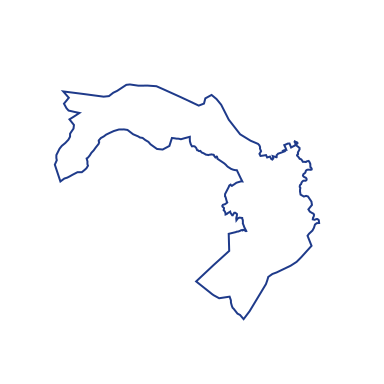 the district of Rafael Delgado, Veracruz, Mexico, rotated 71°
{"feature_id": "50627088B70303647374080", "entity_name": "Rafael Delgado", "entity_type": "district", "adm_level": 2, "iso_a3": "MEX", "parent_name": "Mexico", "parent_adm1": "Veracruz", "projection": "mercator", "projection_center": [-97.093, 18.796], "detail": "fine", "context": "isolated", "style": "outline", "palette": "blue", "viewbox_px": 384, "rotation_deg": 71, "n_neighbors": 0, "source": "geoboundaries", "source_scale": "gbopen_adm2", "svg_char_len": 5744}
<svg xmlns="http://www.w3.org/2000/svg" viewBox="0 0 384 384"><g transform="rotate(71 192 192)"><path d="M55.0,281.0L62.8,277.8L66.8,284.3L71.9,283.4L74.8,282.2L76.6,279.3L78.1,276.9L80.6,272.7L82.2,278.9L83.1,282.8L83.4,284.2L90.2,281.8L93.5,283.4L96.0,286.8L97.2,288.3L100.0,289.3L102.3,291.8L104.4,295.8L106.0,300.1L107.9,303.1L112.9,308.2L115.7,309.2L117.9,309.5L121.5,312.8L139.2,313.0L137.7,308.3L137.8,305.3L137.4,302.5L136.8,299.3L136.0,293.9L137.4,289.7L136.2,286.4L135.2,284.1L133.3,281.8L131.6,281.8L129.0,280.9L126.0,280.7L125.7,279.3L124.1,276.7L122.2,274.4L120.7,271.5L118.7,268.7L116.1,264.6L114.6,263.5L114.1,263.7L112.9,263.4L111.3,260.6L110.7,257.2L109.8,254.5L109.3,250.3L108.9,246.1L109.1,240.8L110.7,235.9L112.3,232.8L118.2,228.9L120.2,226.7L121.9,224.8L123.5,223.5L124.8,221.1L126.2,220.2L127.6,219.3L130.4,216.9L133.4,215.7L139.9,211.1L142.3,205.9L141.1,198.4L134.4,193.4L135.6,190.9L136.5,189.3L137.3,187.2L138.5,185.3L138.7,181.7L139.1,176.1L141.7,177.0L143.6,177.5L146.4,177.6L148.8,177.2L149.1,176.0L149.3,175.3L149.8,174.6L150.8,174.1L151.4,173.8L152.4,173.6L153.4,173.6L153.9,173.6L154.3,173.4L154.5,172.8L154.9,172.5L155.5,172.2L155.9,171.3L155.9,170.7L157.3,170.2L158.0,169.8L158.3,169.4L158.7,168.9L159.1,168.5L159.5,168.1L160.2,167.5L161.2,166.7L161.9,165.3L162.4,164.6L162.4,164.0L162.4,163.6L162.6,162.6L162.8,161.3L163.0,161.1L163.2,160.7L163.5,160.1L163.8,159.5L164.4,159.2L165.0,159.3L167.0,158.6L166.9,157.9L166.6,157.5L166.5,157.1L166.7,156.9L167.6,156.9L168.9,157.1L174.6,152.8L175.7,152.0L176.7,151.5L177.1,151.2L178.6,150.6L179.7,150.0L179.9,149.9L181.0,149.0L182.0,148.2L182.6,147.8L183.3,147.0L184.0,146.2L184.5,145.5L185.0,144.7L185.5,143.8L185.9,142.8L186.0,142.5L194.7,141.5L198.4,141.0L198.2,141.5L198.0,141.8L197.9,142.1L197.7,146.9L197.7,147.0L198.1,148.3L198.3,149.0L198.5,149.7L198.8,151.0L199.2,152.3L199.0,152.5L198.9,152.7L197.6,153.1L197.9,154.4L198.6,155.2L199.2,155.6L204.7,161.4L206.9,162.2L207.7,161.9L212.1,162.2L213.4,162.1L213.7,162.8L214.3,164.9L214.2,165.7L214.2,167.0L215.0,167.9L215.8,167.9L217.4,167.0L218.3,167.2L219.5,168.0L221.0,167.3L222.6,167.2L224.2,167.6L224.1,166.2L223.8,165.5L223.7,165.4L223.0,162.3L224.0,162.4L227.1,161.6L227.3,161.1L225.4,158.8L225.6,158.0L227.3,156.7L228.2,156.9L229.4,157.5L230.0,158.0L231.2,158.7L233.2,159.2L231.8,157.1L231.7,155.4L232.9,153.0L233.8,153.2L235.1,153.1L237.7,153.9L238.4,154.2L238.7,154.1L239.5,154.1L241.4,154.0L241.6,154.1L246.6,153.4L246.6,153.7L246.5,153.9L246.2,154.1L245.8,154.3L245.5,154.7L245.3,154.9L245.0,155.1L244.9,155.3L244.7,155.5L244.4,155.9L244.4,156.0L244.5,156.1L244.6,156.3L244.8,156.7L244.6,156.9L244.3,157.1L244.2,157.3L244.2,157.6L244.1,158.0L244.3,158.6L244.3,158.8L244.4,160.1L244.4,161.5L244.1,162.3L244.1,163.1L244.2,163.7L244.1,164.5L243.5,170.9L250.2,173.0L259.8,176.0L268.2,195.6L277.9,217.2L295.2,206.2L296.8,205.0L301.3,200.9L303.2,190.5L307.1,190.5L309.3,191.2L312.7,191.4L314.7,191.3L316.0,190.6L321.8,188.6L323.9,186.6L329.0,184.6L323.5,176.4L311.8,162.4L303.1,152.0L299.9,149.5L297.1,147.5L295.7,142.7L295.6,138.1L294.8,131.3L293.8,122.7L292.1,115.8L289.3,110.1L281.8,96.5L271.0,97.0L269.6,95.0L267.7,90.7L265.6,88.4L262.8,86.3L262.1,84.2L262.7,81.9L259.9,81.3L258.5,82.1L258.1,83.2L258.2,85.1L257.2,86.7L255.8,86.0L254.8,84.9L253.3,84.0L252.1,84.2L250.6,85.6L248.9,87.0L246.3,87.6L244.9,85.4L243.3,82.8L240.0,82.2L234.0,83.8L232.8,85.4L232.7,87.7L229.8,90.2L226.7,89.7L224.5,88.9L223.5,88.2L223.0,88.3L222.4,88.5L221.7,88.3L221.1,87.9L220.4,87.3L220.1,86.3L218.7,85.3L218.0,84.2L217.6,83.1L217.8,82.2L218.3,81.1L218.2,80.3L218.0,79.9L217.4,79.5L216.5,79.4L215.5,79.8L214.9,80.5L213.9,81.4L212.7,81.8L212.3,81.6L211.3,80.7L211.0,79.5L210.7,78.8L210.4,78.4L210.1,78.2L209.8,78.0L209.5,77.8L209.2,77.6L208.8,77.1L208.5,76.1L208.6,75.1L209.2,73.4L209.5,72.9L209.7,72.3L209.7,71.6L209.3,71.3L208.7,71.3L208.1,71.4L207.5,71.6L207.2,71.9L206.4,71.8L205.8,71.6L204.3,71.1L203.8,71.0L203.2,71.1L202.5,71.1L201.9,71.2L201.4,71.4L200.6,71.6L200.6,72.0L200.5,72.5L200.4,73.0L200.4,73.3L200.5,73.8L200.7,74.2L200.7,74.7L200.4,75.1L200.2,75.5L200.0,76.2L199.7,76.9L199.5,77.4L198.7,77.5L197.7,77.8L197.1,77.9L196.8,78.1L196.6,78.2L196.3,78.5L196.0,78.9L195.8,79.2L195.7,79.4L195.2,79.4L194.9,79.5L194.4,79.8L193.7,79.9L193.3,80.1L192.8,80.3L191.9,80.7L191.8,80.8L191.6,80.8L191.4,80.7L191.2,80.5L190.8,79.9L190.7,79.4L190.2,79.2L189.8,79.2L189.3,79.1L188.8,78.8L188.5,78.3L188.1,77.9L187.8,77.6L187.6,77.4L187.4,77.2L187.2,77.0L187.0,76.7L186.8,76.5L186.5,76.3L186.1,76.2L185.6,76.1L185.2,76.0L184.8,76.4L184.5,76.6L183.9,76.8L183.6,77.1L183.0,77.5L182.6,77.8L182.3,77.9L181.9,78.0L181.5,78.0L181.2,77.9L180.7,77.4L180.5,77.0L180.4,76.7L180.3,76.4L180.1,76.3L179.8,76.3L179.5,76.4L179.2,76.6L178.9,76.9L178.7,77.3L178.3,77.7L178.0,78.0L177.6,78.3L178.0,78.7L179.2,78.3L181.5,79.1L181.8,81.6L182.2,83.8L177.9,84.0L177.4,85.7L177.4,86.1L177.5,86.4L177.7,89.5L179.6,89.3L180.2,89.2L182.6,89.1L182.9,89.1L182.7,89.7L182.5,91.9L182.6,92.3L183.7,91.5L183.8,94.7L183.8,95.4L183.8,95.5L183.8,98.2L184.4,99.1L184.7,99.9L185.0,100.1L186.3,100.5L186.7,100.7L186.7,100.8L184.4,103.9L184.9,103.9L185.2,103.9L185.7,104.0L186.3,104.5L186.8,104.4L186.9,104.9L187.2,105.0L187.3,105.2L187.5,105.5L187.4,105.6L186.9,106.0L186.6,106.3L183.9,106.8L183.8,109.7L181.2,110.0L180.8,112.6L180.7,112.8L180.5,114.1L180.2,115.5L177.9,115.8L177.0,114.7L175.9,113.4L173.1,113.6L171.7,113.0L169.8,113.1L168.0,113.9L162.6,119.9L153.1,127.7L135.6,133.7L119.0,136.0L112.0,138.6L106.6,141.9L107.8,148.9L112.3,151.9L112.5,157.5L98.8,171.6L85.5,185.7L80.4,191.2L77.0,199.2L74.0,208.1L70.1,215.7L69.3,219.2L70.2,222.8L72.0,229.8L72.5,234.1L74.3,239.3L73.1,244.5L64.1,262.5L55.0,281.0Z" fill="none" stroke="#1e3a8a" stroke-width="2"/></g></svg>